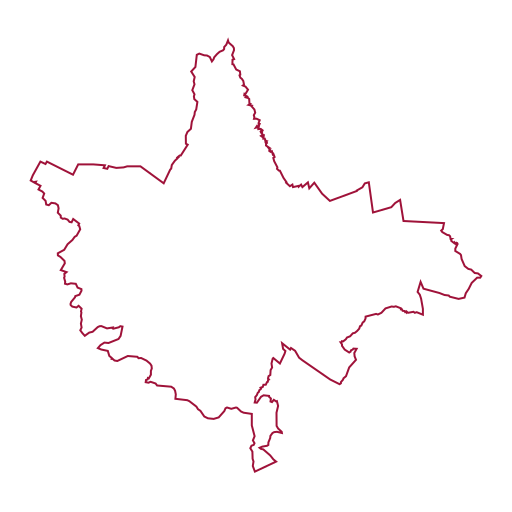 the district of Palmar de Bravo, Puebla, Mexico
{"feature_id": "50627088B49956020835761", "entity_name": "Palmar de Bravo", "entity_type": "district", "adm_level": 2, "iso_a3": "MEX", "parent_name": "Mexico", "parent_adm1": "Puebla", "projection": "robinson", "projection_center": [-97.52, 18.838], "detail": "fine", "context": "isolated", "style": "outline", "palette": "rose", "viewbox_px": 512, "rotation_deg": 0, "n_neighbors": 0, "source": "geoboundaries", "source_scale": "gbopen_adm2", "svg_char_len": 5990}
<svg xmlns="http://www.w3.org/2000/svg" viewBox="0 0 512 512"><path d="M228.0,40.4L226.3,44.7L224.2,47.0L224.1,49.1L223.1,50.3L219.6,51.8L217.0,54.1L214.2,57.3L213.5,59.3L211.9,61.4L209.8,57.0L207.0,55.5L204.2,55.3L199.3,53.6L196.8,54.8L195.4,67.0L191.2,71.5L194.7,77.0L193.7,81.3L194.5,84.3L192.3,90.2L194.5,94.3L193.9,96.3L194.3,99.1L197.4,101.9L196.2,109.5L194.8,112.0L194.5,114.8L191.8,121.8L190.9,128.8L187.4,132.0L185.8,135.8L185.9,143.7L187.7,144.7L180.8,155.5L179.7,155.5L178.1,156.8L178.4,157.2L177.2,157.7L177.5,158.3L174.9,160.7L171.8,165.0L171.2,168.6L170.2,169.6L163.7,183.3L140.4,166.3L127.3,166.3L123.6,167.4L116.3,167.9L108.6,166.1L107.3,168.8L103.6,168.0L104.9,165.3L93.3,164.4L78.2,164.4L73.0,174.7L46.9,161.6L45.5,164.0L40.4,161.6L32.8,175.3L30.7,180.5L34.4,182.6L34.8,181.9L36.0,181.7L35.3,183.1L40.5,185.8L38.5,189.5L42.3,191.5L44.2,193.5L42.6,197.9L45.6,200.9L46.2,204.5L48.8,205.2L51.4,202.8L55.4,203.4L57.9,205.2L58.6,208.3L57.8,212.7L60.7,215.6L60.8,217.6L62.7,218.8L64.6,218.5L67.6,219.6L69.5,221.9L71.6,222.3L73.2,219.0L79.2,223.6L78.3,225.3L79.3,226.1L80.2,229.3L76.6,235.7L74.7,236.8L72.4,240.0L67.6,244.2L64.2,249.8L57.8,253.3L57.9,255.4L60.4,256.9L64.5,260.9L64.8,263.3L60.8,270.1L66.5,272.1L64.3,273.9L64.6,276.6L64.1,277.8L65.2,281.7L65.0,283.7L67.4,284.4L70.9,283.3L75.8,283.8L77.6,287.6L81.4,289.1L81.5,290.7L79.4,294.7L75.3,296.1L75.0,297.3L71.2,301.9L70.5,304.0L70.7,305.1L72.3,306.6L76.5,307.5L78.6,305.8L81.6,308.7L81.0,311.4L81.4,312.5L80.9,316.2L81.8,319.7L80.9,323.6L81.6,327.5L80.3,330.3L82.2,332.9L84.8,335.8L89.2,332.6L92.6,331.8L97.7,327.1L99.6,326.2L101.4,326.1L107.0,328.4L112.7,327.5L112.4,328.2L113.2,328.7L118.8,327.3L120.3,326.2L122.5,326.6L120.6,335.9L118.5,339.0L108.5,343.0L104.4,342.6L100.5,345.1L97.9,348.1L101.2,349.5L107.8,350.9L109.3,355.9L111.8,358.0L111.6,358.9L112.8,359.0L114.5,360.5L117.3,361.0L127.8,356.0L137.4,356.8L138.5,358.2L141.1,358.0L146.5,360.6L150.1,363.6L151.5,365.7L151.8,368.4L150.9,370.9L150.9,374.7L148.8,378.4L147.9,378.0L147.5,379.5L146.0,380.0L145.7,382.2L148.6,382.7L150.4,381.8L151.5,382.1L155.6,383.5L157.1,385.5L171.2,386.7L173.9,388.5L175.1,390.8L175.8,394.4L175.4,398.8L187.3,400.2L189.4,401.2L196.4,406.6L198.0,409.2L200.4,410.8L204.3,416.5L207.9,418.3L213.7,418.9L218.7,417.4L224.3,411.1L225.5,408.3L227.0,407.5L231.3,408.8L236.0,407.5L237.1,407.8L241.0,411.5L243.6,412.7L251.8,413.9L251.8,425.4L254.6,436.2L252.9,440.4L254.5,443.2L253.7,444.9L251.5,445.7L250.3,448.2L252.4,451.6L252.6,458.8L253.5,461.5L252.8,466.0L254.9,471.6L276.1,461.6L273.4,459.4L270.2,455.4L263.3,449.4L261.0,448.9L259.6,447.8L262.3,446.6L267.0,445.8L268.3,445.0L268.4,442.4L270.2,438.0L270.4,435.9L272.5,433.0L274.2,432.1L277.0,431.8L281.9,433.0L281.7,431.8L278.1,428.5L276.6,425.9L276.5,412.7L278.1,405.9L276.9,401.1L276.1,401.4L273.8,399.8L272.0,402.1L270.5,401.5L270.9,398.5L269.0,396.7L269.0,395.9L263.6,395.3L261.0,396.8L256.9,402.7L254.7,402.5L255.5,399.5L255.2,397.1L256.8,395.2L257.8,392.7L258.8,392.0L259.3,390.2L260.8,389.1L261.1,388.4L260.6,387.7L262.8,386.9L263.4,384.8L265.8,384.7L267.0,382.1L267.8,381.8L268.1,379.8L268.9,379.5L268.0,378.3L268.6,376.1L270.3,375.0L270.6,370.1L272.1,367.5L271.5,363.5L272.7,358.6L273.3,358.0L279.9,363.5L284.6,353.7L285.4,351.0L283.1,348.9L282.1,343.2L290.1,349.6L291.0,348.0L295.1,350.8L299.1,357.7L302.3,360.2L330.2,379.5L339.6,384.2L340.9,383.3L340.9,382.1L343.0,379.7L343.5,378.3L346.0,376.2L349.2,367.4L356.0,359.8L354.6,356.3L354.3,353.0L356.6,348.8L353.4,348.6L352.7,349.6L351.0,350.3L350.6,351.6L349.2,352.5L344.7,349.6L342.0,345.8L342.0,344.4L340.6,342.3L341.5,342.3L341.9,341.2L343.1,341.4L345.8,339.3L347.0,337.5L350.1,336.3L352.8,333.3L354.9,332.8L357.1,331.0L359.2,328.7L360.0,326.2L361.3,325.6L362.7,322.5L364.2,321.4L365.5,318.6L365.6,316.6L376.1,313.9L377.9,314.5L381.4,312.8L385.5,308.4L391.6,306.5L393.9,306.8L395.8,306.3L400.9,308.3L400.9,309.3L401.8,309.2L402.6,310.8L404.5,311.0L405.1,312.0L406.0,311.4L406.5,312.5L407.0,311.9L408.0,312.8L413.5,311.8L414.8,312.8L416.7,312.2L422.9,314.7L422.9,308.9L421.1,298.7L419.8,294.7L417.6,291.9L420.6,281.9L423.5,288.7L439.4,293.0L444.5,295.0L448.7,295.5L449.8,296.7L458.6,298.9L464.5,297.6L465.8,293.2L468.7,288.9L471.7,282.9L477.1,277.7L480.2,277.7L481.3,276.0L477.9,273.4L474.7,273.0L471.2,269.6L468.3,268.9L464.7,266.1L461.6,259.0L461.0,255.1L460.1,253.9L455.3,251.0L455.3,248.6L457.6,244.0L457.2,243.1L456.5,242.8L455.8,244.0L454.6,242.5L454.3,243.2L451.3,240.9L451.1,239.3L451.5,239.0L450.6,239.0L450.1,236.3L449.0,235.2L447.1,234.9L442.3,232.1L441.2,230.6L442.8,229.1L444.0,223.1L403.5,221.0L400.1,199.9L395.2,203.0L391.3,207.2L373.0,212.5L368.8,182.3L364.8,183.4L362.4,187.3L356.8,190.5L356.8,191.0L329.9,200.9L322.1,193.7L314.3,182.7L309.3,188.3L307.9,182.4L302.4,187.1L301.1,184.6L298.7,186.7L298.5,185.9L293.0,187.1L292.4,184.6L289.9,186.2L286.1,182.7L286.5,182.2L283.5,177.9L279.9,170.7L278.9,170.6L277.0,168.8L277.4,167.3L274.2,161.2L273.3,157.9L274.6,157.0L273.4,153.9L272.8,154.4L271.9,151.3L270.7,151.9L269.3,151.0L269.3,150.4L270.1,149.9L268.5,147.9L269.3,147.8L266.0,145.5L266.1,143.8L267.0,142.9L266.7,142.2L265.7,142.7L265.5,142.2L266.7,141.1L265.2,140.6L265.1,138.9L265.6,138.7L263.3,138.7L263.7,136.1L262.5,137.0L261.0,135.9L262.8,134.8L263.5,135.3L261.4,133.0L262.0,132.5L261.8,131.9L261.0,132.2L260.6,131.6L261.4,130.3L263.3,130.9L260.7,128.9L258.4,129.1L258.6,127.9L258.1,128.2L257.4,127.3L255.8,127.7L256.9,126.1L257.4,126.7L259.0,125.4L259.6,124.0L258.6,123.9L258.6,123.0L259.7,120.2L256.5,118.7L254.0,118.8L254.4,117.2L253.8,115.2L255.2,112.7L254.4,109.5L251.3,106.0L251.7,105.6L248.6,104.9L250.2,103.8L249.4,103.4L249.2,99.0L248.1,98.0L246.0,97.4L247.2,96.5L246.8,96.2L244.2,95.4L244.5,93.8L245.3,94.2L248.0,89.7L245.5,86.6L242.9,85.5L244.0,84.6L243.3,81.0L241.9,78.9L240.3,77.6L239.5,75.3L240.3,74.7L239.9,71.3L236.2,69.5L233.5,64.4L232.4,64.2L232.5,59.7L234.1,59.1L232.1,55.1L234.0,50.2L233.9,48.1L232.8,46.2L228.6,42.5L228.0,40.4Z" fill="none" stroke="#9f1239" stroke-width="2"/></svg>